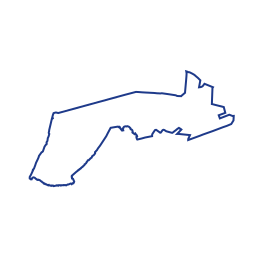 the district of Mihai Viteazu, Constanta, Romania, rotated 169°
{"feature_id": "2599482B93855145128935", "entity_name": "Mihai Viteazu", "entity_type": "district", "adm_level": 2, "iso_a3": "ROU", "parent_name": "Romania", "parent_adm1": "Constanta", "projection": "orthographic", "projection_center": [28.817, 44.637], "detail": "fine", "context": "isolated", "style": "outline", "palette": "blue", "viewbox_px": 256, "rotation_deg": 169, "n_neighbors": 0, "source": "geoboundaries", "source_scale": "gbopen_adm2", "svg_char_len": 5383}
<svg xmlns="http://www.w3.org/2000/svg" viewBox="0 0 256 256"><g transform="rotate(169 128 128)"><path d="M198.2,156.8L199.2,155.2L200.2,153.1L200.0,152.6L199.9,151.9L200.1,151.8L200.2,152.4L200.4,152.5L200.7,152.2L202.5,148.2L203.3,146.4L205.8,140.9L206.0,140.0L206.4,139.2L206.7,138.5L206.7,137.8L206.4,137.2L207.6,134.8L208.7,133.3L209.3,131.4L209.9,130.2L210.4,129.9L210.8,129.1L210.8,128.6L210.8,128.1L211.1,127.5L211.8,127.3L213.5,125.6L216.0,121.3L216.8,120.8L217.4,120.7L220.7,117.6L221.4,116.2L222.5,114.6L224.9,111.4L226.3,108.9L227.5,107.0L228.0,106.1L229.2,105.3L229.1,104.9L229.5,104.3L230.0,103.9L230.0,103.6L232.4,100.3L233.7,98.9L234.1,97.6L234.1,97.1L233.3,96.5L233.1,96.1L232.4,96.0L232.1,96.4L232.0,96.8L231.7,96.9L231.2,97.3L230.5,97.6L230.3,97.6L229.2,97.1L228.6,96.4L228.3,95.8L227.9,95.6L227.7,95.3L227.6,95.1L227.2,94.9L227.2,94.7L226.9,94.3L226.4,94.2L226.2,94.4L225.9,94.4L225.7,94.1L225.4,94.0L225.1,94.0L224.5,93.5L224.2,93.3L224.0,92.9L223.2,92.0L222.9,91.9L222.8,91.7L222.5,91.1L222.2,90.8L221.9,90.6L221.4,90.3L221.4,90.2L221.3,89.6L221.0,89.5L220.8,89.2L220.6,89.2L220.4,89.3L220.2,89.2L220.1,88.8L219.9,88.6L219.6,88.5L219.2,88.5L219.1,88.4L218.9,88.1L218.6,87.9L218.2,87.6L217.8,87.5L217.7,87.4L217.6,87.2L217.4,87.0L217.1,87.3L216.7,87.3L216.7,87.2L216.3,86.8L216.1,86.7L215.9,86.6L215.7,86.5L215.2,86.4L215.0,86.2L214.8,86.0L214.5,85.9L214.3,86.1L214.2,86.1L213.9,85.9L213.5,86.1L213.3,86.0L213.2,85.9L212.8,85.7L212.4,85.3L212.0,85.5L211.6,85.1L210.7,85.1L210.4,85.2L210.2,85.2L209.7,85.2L209.4,85.1L209.0,85.3L208.8,85.2L208.5,85.3L208.3,85.2L208.2,85.1L207.9,84.9L207.7,84.7L207.4,85.0L207.1,85.1L206.5,84.9L205.8,84.9L205.4,84.8L205.3,84.7L205.2,84.4L204.5,84.3L204.3,84.4L204.1,84.5L203.9,84.4L203.7,84.4L203.2,84.3L202.8,84.3L202.6,84.2L202.1,84.3L201.9,84.2L201.7,84.0L201.3,84.1L200.5,84.0L200.3,83.9L200.2,83.8L199.8,83.5L199.6,83.5L199.4,83.5L198.9,83.8L197.7,84.1L197.3,84.0L197.2,83.9L196.6,84.0L195.2,84.4L194.6,84.4L194.0,83.6L193.5,84.0L193.2,84.1L192.9,84.0L192.4,84.5L192.0,84.3L191.4,85.0L191.0,85.8L191.3,86.7L191.5,87.9L191.7,88.6L192.6,89.1L192.5,89.5L192.4,89.9L192.6,90.3L192.6,90.6L192.6,90.9L192.4,91.3L192.2,91.4L192.2,91.9L190.9,92.6L190.4,92.9L190.2,93.1L189.7,93.3L189.1,93.7L188.3,94.1L187.9,94.4L186.4,95.2L186.0,95.3L185.4,95.9L184.9,95.9L184.5,96.3L184.0,96.5L183.9,96.4L183.5,96.6L183.5,96.8L183.3,97.0L183.0,97.1L182.7,97.1L182.3,97.2L181.9,97.4L181.8,97.7L181.2,98.0L180.9,98.3L180.5,98.3L180.1,98.4L179.7,98.8L179.3,99.1L179.1,99.3L178.3,99.6L177.8,100.0L177.7,100.3L177.6,100.5L177.3,100.5L176.9,100.9L175.9,101.4L175.7,101.6L175.0,102.6L174.6,102.7L174.3,103.0L173.7,103.9L173.4,104.0L172.9,104.0L172.6,103.9L171.8,104.5L171.5,104.8L170.9,105.0L170.7,105.3L169.6,105.8L169.3,105.9L169.2,106.1L168.5,107.2L168.0,107.5L167.3,107.6L166.4,108.2L165.5,109.0L165.1,109.4L165.1,110.0L164.9,110.7L164.1,111.1L163.8,111.5L162.8,112.1L161.4,113.7L158.8,116.0L150.9,124.1L148.9,126.7L145.0,131.5L137.8,131.3L137.7,131.2L137.4,131.1L137.2,130.8L137.1,130.7L136.7,131.0L136.4,131.0L136.0,130.7L135.9,130.5L135.8,130.2L135.9,129.9L135.9,129.6L135.6,129.2L135.4,128.9L135.4,128.5L135.1,128.0L135.0,127.7L134.9,127.6L134.5,127.5L134.4,127.3L134.5,127.0L134.3,126.6L133.1,126.6L133.1,126.8L133.4,127.1L133.3,127.3L133.2,127.6L133.3,128.1L133.2,128.6L132.5,128.9L132.4,129.2L132.3,129.4L131.7,129.9L131.2,130.1L129.8,130.1L129.3,129.8L128.8,129.8L128.5,129.9L128.3,129.9L127.4,129.4L126.8,129.0L126.3,128.3L126.2,128.2L125.7,127.4L125.8,127.0L125.5,126.6L125.6,126.4L125.6,126.2L124.7,125.7L124.3,125.2L124.2,124.9L124.1,124.3L124.2,124.1L124.1,123.5L124.1,123.3L124.5,122.9L124.5,122.7L124.4,122.5L124.0,122.1L123.5,121.7L123.3,121.3L123.0,121.1L122.5,120.6L122.1,120.9L122.1,121.2L121.9,121.3L121.8,121.0L121.9,120.7L121.5,120.4L121.4,120.2L121.1,119.8L120.9,119.4L120.9,119.2L120.7,118.8L120.7,118.4L120.6,118.0L120.8,117.8L121.0,117.8L121.0,118.1L121.3,118.1L121.4,117.9L121.4,117.5L121.5,117.3L121.5,116.6L121.3,115.4L121.2,115.1L121.1,114.9L116.4,115.1L113.0,115.4L105.9,115.4L105.8,116.0L105.6,116.7L105.3,117.3L105.0,117.7L102.0,120.7L101.8,120.8L101.5,120.9L100.9,120.8L100.7,120.8L100.5,120.6L98.2,118.2L97.4,117.3L97.0,117.2L96.8,117.2L96.4,117.5L94.8,119.0L94.4,119.3L94.1,119.4L93.6,119.5L93.3,119.4L92.9,119.2L92.6,119.0L91.1,117.5L86.0,115.0L85.5,114.8L85.2,114.9L84.5,115.2L82.8,116.1L81.5,116.7L79.7,117.7L78.0,118.4L77.5,117.9L77.3,117.5L77.1,117.4L76.7,117.3L76.5,117.0L75.9,116.3L80.9,112.8L79.4,112.5L68.5,109.2L70.8,106.0L71.0,105.6L71.2,104.7L58.8,106.7L55.6,107.3L45.5,108.8L34.4,110.7L30.7,111.2L25.9,112.2L25.7,112.4L23.0,115.3L21.9,119.7L23.0,119.8L26.0,121.7L36.0,119.9L36.5,123.2L29.6,124.3L30.0,130.3L41.1,135.5L37.5,151.0L36.8,151.8L44.5,156.8L46.4,155.1L46.8,154.8L47.3,154.6L47.9,154.4L48.8,154.3L50.5,154.4L47.9,161.0L49.1,162.8L49.7,163.7L51.8,166.3L52.2,166.9L52.5,167.2L52.9,167.7L53.3,168.0L53.6,168.3L54.9,169.4L55.2,169.6L55.7,170.0L56.6,170.7L57.0,171.0L57.5,171.1L58.1,171.3L59.4,172.2L60.0,172.5L60.0,172.1L60.1,170.1L60.3,169.5L60.8,167.5L62.1,162.9L65.3,151.8L65.3,151.7L69.2,149.5L69.7,149.1L72.7,149.8L73.0,149.9L73.7,150.1L74.9,151.0L81.6,153.4L88.0,155.6L88.4,155.7L88.7,155.7L89.4,155.7L92.7,156.5L95.7,157.4L106.5,160.1L111.6,161.5L112.9,161.8L113.5,161.9L124.4,161.2L193.6,156.0L195.6,156.9L196.3,157.0L198.2,156.8Z" fill="none" stroke="#1e3a8a" stroke-width="2"/></g></svg>